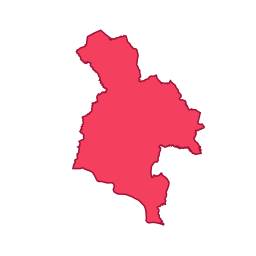 Plato, Magdalena, Colombia, rotated 312°
{"feature_id": "7082276B24438345554060", "entity_name": "Plato", "entity_type": "district", "adm_level": 2, "iso_a3": "COL", "parent_name": "Colombia", "parent_adm1": "Magdalena", "projection": "robinson", "projection_center": [-74.591, 9.77], "detail": "fine", "context": "isolated", "style": "filled", "palette": "rose", "viewbox_px": 256, "rotation_deg": 312, "n_neighbors": 0, "source": "geoboundaries", "source_scale": "gbopen_adm2", "svg_char_len": 5854}
<svg xmlns="http://www.w3.org/2000/svg" viewBox="0 0 256 256"><g transform="rotate(312 128 128)"><path d="M79.8,219.2L80.6,218.9L80.5,217.5L80.0,215.8L81.7,216.0L81.7,214.4L81.9,213.4L82.4,212.9L82.2,212.1L82.7,210.7L84.1,209.6L84.2,208.2L84.7,207.6L86.8,206.7L88.1,205.4L88.2,203.6L88.7,202.8L89.8,202.9L91.0,204.3L93.7,203.9L93.9,205.3L95.5,204.7L96.1,206.8L96.4,206.8L97.6,205.2L99.1,204.8L100.0,202.9L103.3,202.0L104.8,200.7L105.8,199.1L107.0,198.9L112.7,196.6L115.2,194.7L116.4,190.6L116.4,188.1L116.0,186.8L116.1,184.6L117.0,183.4L116.5,182.8L115.8,183.5L115.6,182.8L113.9,182.9L112.8,182.1L111.9,182.1L111.2,181.6L111.3,180.9L110.9,179.9L110.4,179.6L110.2,180.1L110.3,178.9L109.7,179.0L109.4,179.6L107.9,179.4L107.3,178.7L108.7,177.1L109.6,175.1L110.7,174.7L111.7,173.3L112.8,173.0L114.2,171.6L116.4,170.9L120.1,170.5L121.2,171.1L122.0,172.3L123.9,172.2L126.0,170.2L126.8,170.0L126.7,169.5L126.9,169.9L129.0,169.2L129.8,168.1L133.0,167.0L134.7,165.8L135.0,165.5L134.4,163.9L136.8,163.4L137.3,164.8L137.6,164.7L137.5,165.1L137.8,165.1L137.8,165.7L138.1,165.8L138.3,168.2L139.1,168.5L139.7,169.2L140.6,169.2L141.0,169.7L141.5,169.8L142.2,170.6L142.8,170.2L142.7,170.6L143.3,170.8L143.8,172.3L144.3,172.1L145.4,172.7L145.1,174.1L145.6,175.7L145.9,175.6L146.0,176.3L146.9,176.2L146.8,176.7L147.2,176.5L147.5,177.0L147.3,177.2L147.6,177.4L147.2,177.9L147.5,178.0L147.1,178.2L147.5,178.5L147.1,178.7L147.4,180.3L148.6,180.3L148.4,180.8L149.2,181.0L149.7,182.4L150.5,182.5L150.4,183.0L151.3,183.2L151.5,183.8L152.0,183.5L152.2,184.7L152.6,184.7L153.0,185.4L153.4,185.2L153.5,185.7L154.1,185.7L153.9,186.6L153.2,186.9L153.3,187.8L152.9,187.8L152.7,188.3L153.1,188.5L152.8,189.1L153.2,188.9L152.8,189.6L153.0,189.8L152.7,189.8L152.9,190.7L152.4,192.9L153.0,193.5L153.4,194.6L153.3,195.5L158.0,199.2L158.2,198.5L158.6,198.5L159.3,196.5L159.8,197.2L160.3,197.1L160.5,196.4L160.2,196.0L160.6,196.1L160.5,194.9L160.9,194.5L161.3,194.7L161.3,194.3L161.6,194.5L161.6,194.2L162.3,194.1L162.1,193.8L162.4,193.6L162.3,192.9L163.3,190.0L163.1,186.9L164.5,183.7L166.2,183.8L166.6,183.4L167.6,183.3L167.8,182.9L169.0,182.7L169.3,182.4L169.1,181.9L169.6,181.5L170.2,181.6L170.9,180.8L171.1,180.0L171.6,179.9L171.9,180.8L173.7,181.9L175.2,182.2L175.6,182.9L177.3,183.3L178.2,184.1L179.8,184.0L180.5,180.4L179.3,179.6L178.6,178.4L178.2,176.9L178.6,176.5L187.7,171.5L186.8,168.0L187.0,166.7L186.8,166.2L184.3,163.1L184.8,162.6L182.2,161.2L184.1,157.0L183.7,156.9L184.0,155.2L184.5,155.3L184.9,154.3L185.3,154.4L186.3,153.0L186.4,152.4L185.3,149.5L184.0,148.3L183.9,147.2L184.4,146.4L186.7,146.5L187.9,145.5L188.4,143.1L188.2,141.3L188.9,141.0L189.8,139.7L190.4,135.9L191.0,135.4L191.4,133.7L191.1,131.5L191.5,127.8L188.7,128.6L188.1,127.8L187.4,127.7L187.5,127.2L185.3,124.7L184.1,122.5L183.5,122.7L184.1,120.2L184.0,118.4L184.7,115.6L185.8,114.6L186.1,113.6L183.6,112.4L181.8,110.2L179.8,109.7L178.3,110.2L175.5,108.5L173.9,108.5L172.0,106.7L170.9,106.4L170.3,104.9L171.8,104.6L171.9,103.5L172.5,102.8L174.3,103.1L175.1,102.5L176.9,99.7L178.6,98.3L178.9,96.4L179.9,94.8L181.0,91.7L182.6,91.0L184.8,89.3L188.6,87.1L192.0,82.3L192.1,81.2L190.8,78.8L190.7,77.6L191.1,76.5L190.8,75.2L191.7,73.7L191.9,69.6L193.3,67.8L195.0,64.8L194.1,63.8L194.0,63.2L192.9,63.3L191.9,62.7L191.7,61.7L191.3,61.3L190.4,61.4L190.0,60.8L188.4,60.2L187.9,59.6L186.4,58.7L185.8,59.0L185.0,58.4L184.7,57.6L184.0,57.4L183.4,56.0L182.7,56.1L182.5,56.6L181.8,56.3L181.6,55.0L183.1,54.2L182.8,53.4L182.5,49.0L182.4,42.3L176.1,39.4L168.7,36.8L162.6,41.0L162.1,41.2L162.1,40.9L161.2,40.7L160.2,41.6L155.4,39.0L153.8,38.9L151.8,38.1L151.5,38.4L150.4,38.5L150.4,39.1L149.8,39.4L149.5,40.5L150.0,41.4L149.6,42.2L149.7,42.6L148.9,43.2L149.2,44.8L148.0,46.4L147.6,46.5L147.7,47.0L147.3,47.6L147.6,47.9L147.2,48.9L147.6,49.8L147.5,50.5L147.2,50.7L147.5,51.3L147.2,51.9L147.4,52.6L147.8,52.8L147.9,53.6L148.6,53.7L148.9,53.1L149.3,54.2L150.1,54.0L150.7,54.8L150.9,56.2L150.7,56.6L151.1,57.1L150.7,57.5L149.4,58.0L149.0,59.0L149.2,61.1L148.8,61.5L148.9,62.2L148.4,62.4L148.1,63.6L148.2,64.7L148.6,65.3L148.0,66.4L148.5,67.1L148.0,70.4L146.9,71.5L147.0,72.7L146.3,74.0L145.4,74.3L145.2,75.0L144.5,75.0L144.9,75.5L144.5,76.1L144.5,76.7L143.4,77.0L143.2,77.5L143.1,78.3L143.5,78.5L143.2,79.3L143.4,79.8L143.1,79.9L143.3,80.0L142.9,80.4L143.1,80.8L142.8,80.9L142.7,81.7L142.1,81.9L142.4,82.2L141.9,82.8L142.4,83.7L142.1,84.1L142.3,84.4L142.8,84.8L142.7,85.9L142.9,86.2L142.7,86.5L141.6,86.5L140.2,87.6L139.9,87.1L139.6,87.3L139.0,86.7L138.3,86.7L138.1,85.5L137.6,85.0L136.9,84.8L135.9,85.1L135.0,84.6L134.6,84.7L133.5,84.0L133.6,83.4L132.9,83.4L132.3,83.7L131.7,83.5L130.2,84.1L127.7,87.0L127.3,87.8L125.9,86.6L125.5,87.0L124.8,86.9L124.6,86.3L123.7,86.0L123.4,85.4L123.1,85.7L122.4,85.1L122.2,85.8L120.9,86.2L120.9,86.6L119.6,87.1L119.1,87.9L117.7,88.3L117.3,89.3L116.0,89.7L113.9,89.4L113.5,89.7L113.3,89.4L112.8,89.7L111.8,88.8L110.8,89.1L109.7,88.4L108.3,88.5L107.5,87.7L105.6,86.8L105.2,87.1L104.4,88.9L103.3,89.5L102.0,91.4L100.6,92.0L100.0,91.7L98.8,92.9L97.7,92.5L97.5,93.2L96.8,93.5L96.9,93.9L96.3,94.3L96.0,94.0L95.6,94.3L95.3,94.0L94.0,94.8L93.3,94.5L93.0,96.5L93.5,97.5L93.1,100.1L91.8,100.7L91.2,101.8L89.6,102.5L88.0,101.6L85.3,100.6L84.6,102.6L83.3,103.2L83.0,103.9L80.3,103.4L80.7,105.0L80.3,105.6L79.5,105.7L76.6,107.9L74.5,107.6L74.4,108.4L73.0,109.0L72.6,110.0L71.5,110.8L68.7,110.0L68.0,110.4L67.3,111.8L64.7,112.1L61.0,114.2L65.6,119.4L68.3,121.2L68.5,123.1L70.6,128.4L71.4,131.0L70.1,135.5L68.4,139.6L68.3,141.6L70.8,144.5L73.1,149.1L76.5,152.7L76.8,153.5L76.8,154.8L76.1,156.1L75.2,157.1L72.4,158.2L71.4,159.9L71.3,160.9L71.9,163.8L72.4,164.9L75.8,168.9L77.4,171.2L80.0,178.1L80.2,179.8L81.4,183.8L81.5,185.6L81.1,191.6L80.8,192.9L78.8,196.3L73.1,202.2L71.3,203.3L70.9,205.4L71.4,206.9L74.2,209.3L76.2,211.8L78.5,216.0L79.8,219.2Z" fill="#f43f5e" stroke="#9f1239" stroke-width="1.5"/></g></svg>